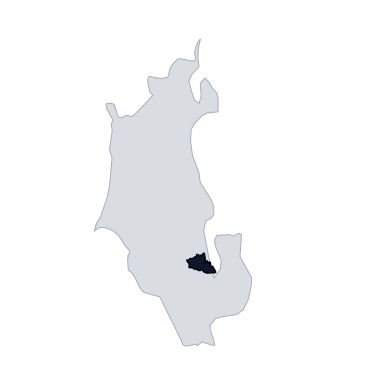 Abangares, Guanacaste, Costa Rica shown in context, rotated 224°
{"feature_id": "36466004B17800837418236", "entity_name": "Abangares", "entity_type": "district", "adm_level": 2, "iso_a3": "CRI", "parent_name": "Costa Rica", "parent_adm1": "Guanacaste", "projection": "orthographic", "projection_center": [-85.008, 10.251], "detail": "fine", "context": "in_parent", "style": "filled", "palette": "ink", "viewbox_px": 384, "rotation_deg": 224, "n_neighbors": 0, "source": "geoboundaries", "source_scale": "gbopen_adm2", "svg_char_len": 5754}
<svg xmlns="http://www.w3.org/2000/svg" viewBox="0 0 384 384"><g transform="rotate(224 192 192)"><path d="M314.8,195.6L314.4,197.0L313.2,198.4L311.3,199.9L308.9,200.9L303.1,198.0L297.4,194.6L294.2,196.2L293.1,200.6L290.9,202.9L288.3,203.8L287.2,205.3L287.1,220.2L287.4,234.3L291.7,234.6L299.0,239.4L302.1,242.3L303.1,244.9L302.2,246.3L296.9,249.4L291.8,253.3L289.2,258.1L293.8,265.9L294.8,271.3L294.6,276.8L293.4,279.5L283.4,286.0L281.2,288.2L281.5,289.8L287.1,294.2L289.7,298.5L291.9,303.6L292.3,308.0L287.2,299.8L280.2,291.9L274.1,287.1L273.6,275.7L271.2,269.6L262.1,264.0L254.3,260.0L248.5,260.9L252.1,267.4L261.2,275.7L261.9,278.9L261.7,283.2L255.4,282.6L249.9,280.9L243.1,280.4L238.6,277.8L229.0,267.8L235.8,259.3L237.9,253.7L237.6,242.1L236.1,236.4L228.7,227.9L217.0,218.5L200.6,210.9L192.9,204.7L173.7,200.0L166.5,196.9L160.8,191.0L159.9,186.9L161.9,180.4L156.6,172.2L133.8,156.1L121.1,150.1L118.4,146.6L116.4,145.6L118.3,156.7L123.9,163.4L138.4,169.7L142.4,173.3L144.0,178.1L135.6,187.1L131.3,189.4L130.0,194.4L127.3,195.9L124.4,193.0L112.6,178.8L89.8,171.9L85.7,167.7L77.2,154.7L73.3,142.8L74.8,134.9L84.1,122.6L87.1,117.3L86.5,114.0L86.8,109.1L83.3,105.7L74.7,101.2L69.2,97.7L70.7,95.9L80.6,91.2L81.2,86.9L81.2,85.4L82.8,85.1L84.3,84.0L85.1,82.8L87.8,78.7L90.2,76.3L92.9,76.0L96.3,77.7L108.7,82.2L122.6,87.1L142.3,94.2L150.5,89.7L157.6,86.2L162.5,86.7L173.1,90.7L179.5,92.0L183.4,91.6L190.2,97.5L193.9,101.9L194.5,104.8L196.6,106.4L201.9,106.8L214.9,109.7L222.8,109.1L230.0,105.9L233.9,102.1L235.1,96.1L236.9,99.0L239.1,103.7L240.1,109.7L249.5,129.7L257.0,140.9L273.4,161.2L280.5,164.9L292.5,181.3L296.6,183.9L299.0,188.8L311.4,192.7L314.8,195.6Z" fill="#d9dde1" stroke="#a8b0b8" stroke-width="1"/><path d="M139.4,137.4L139.1,137.8L138.9,138.0L138.7,138.3L138.2,138.2L137.9,138.0L137.8,137.9L137.7,137.9L137.4,138.1L137.1,138.1L136.9,138.1L136.7,138.1L136.6,138.5L136.2,138.8L136.0,139.0L135.9,139.1L135.8,139.3L135.6,139.4L135.3,139.5L134.9,139.8L134.7,139.9L134.5,140.0L134.3,140.0L134.2,139.8L133.9,140.0L133.7,140.2L133.4,140.2L133.2,140.0L132.9,140.1L132.7,140.4L132.6,140.6L132.4,140.7L132.2,140.8L132.1,141.0L131.9,140.9L131.8,141.1L131.7,141.2L131.4,141.4L131.4,141.8L131.5,141.9L131.5,142.2L131.7,142.3L131.5,142.5L131.5,142.8L131.4,142.8L131.4,142.7L131.2,142.7L131.1,142.9L131.1,143.0L131.0,143.3L130.8,143.4L130.6,143.3L130.3,143.2L130.1,143.2L129.9,143.1L129.7,143.0L129.6,142.9L129.2,142.8L128.9,142.8L129.0,142.9L128.9,143.0L128.7,143.1L128.4,143.1L128.2,143.2L127.9,143.0L127.7,143.1L127.4,143.0L127.0,143.1L126.9,143.2L126.9,143.3L126.7,143.4L126.5,143.5L126.4,143.6L126.3,143.8L126.1,143.8L126.1,143.7L125.9,143.7L125.7,143.7L125.3,143.7L125.2,143.8L125.0,144.0L120.1,149.3L119.9,149.5L119.7,149.8L119.4,149.9L119.3,150.1L119.2,150.2L119.1,150.4L119.7,150.8L119.7,151.0L119.9,151.1L120.2,151.2L120.5,151.3L121.4,151.7L121.5,151.8L121.8,151.8L122.2,151.8L122.3,151.9L122.5,151.9L122.8,151.8L123.0,152.1L123.2,152.3L123.5,152.3L123.7,152.2L123.9,152.1L124.0,152.3L124.3,152.4L124.4,152.5L124.5,152.6L124.8,152.6L125.0,152.7L125.2,152.8L125.3,152.8L125.5,152.7L125.8,152.7L125.9,152.3L126.2,152.0L126.3,151.9L126.7,151.8L126.8,151.7L127.4,151.7L127.5,151.7L128.2,151.8L128.5,152.0L128.8,152.2L128.6,152.4L128.5,152.6L128.5,152.8L128.7,153.1L128.9,153.1L129.2,153.4L129.5,153.6L130.0,154.0L130.3,154.0L130.4,153.9L130.5,153.8L130.6,153.6L130.5,153.4L130.4,153.3L130.2,153.1L130.1,152.9L130.4,152.8L130.5,152.8L130.8,152.9L130.8,152.7L130.7,152.5L130.7,152.4L130.8,152.2L130.9,152.3L131.0,152.4L131.0,152.5L131.2,152.4L131.3,152.4L131.4,152.2L131.5,152.2L131.7,152.3L131.8,152.5L132.1,152.7L132.2,152.8L132.4,152.8L132.5,152.7L132.9,152.8L133.2,152.8L133.4,152.9L133.6,152.8L133.6,152.7L133.6,152.4L133.7,152.1L133.4,152.1L133.2,152.0L133.1,151.9L133.1,151.7L133.1,151.3L133.0,151.2L132.9,151.1L132.9,150.9L133.0,150.6L132.9,150.6L132.8,150.4L133.1,150.2L133.4,150.0L133.5,150.0L133.6,149.8L133.8,149.8L133.6,150.1L133.5,150.3L133.8,150.6L133.9,150.8L134.4,151.0L134.6,151.1L135.0,151.3L135.2,151.5L135.4,151.7L135.5,151.9L135.5,152.1L135.4,152.3L135.4,152.5L135.6,152.7L135.7,152.8L135.8,152.9L135.9,153.0L136.2,153.1L136.3,153.2L136.6,153.3L137.1,153.6L137.2,153.8L137.2,154.1L137.3,154.2L137.6,154.3L137.9,154.5L138.1,154.6L138.4,154.8L138.6,154.9L138.8,155.0L139.0,155.3L139.1,155.5L139.4,155.7L139.5,155.8L139.9,156.0L140.1,156.1L140.8,156.2L141.0,156.2L141.2,156.3L141.6,156.3L141.4,156.2L141.2,156.2L141.2,155.9L141.2,155.7L140.9,155.3L141.0,155.2L141.2,154.9L141.2,154.7L140.9,154.3L140.9,154.2L141.0,153.9L141.0,153.6L140.7,153.5L140.8,153.4L140.7,153.2L140.8,153.0L140.8,152.9L141.3,152.7L141.5,152.5L141.8,152.6L142.0,152.3L142.2,151.8L142.6,151.4L142.9,151.3L143.0,151.3L143.5,151.2L143.8,151.2L144.3,151.1L144.6,150.9L144.8,150.7L144.8,150.3L144.8,150.1L144.9,149.9L145.0,149.7L144.4,149.5L144.3,149.3L144.2,149.2L143.9,148.9L143.8,148.7L143.9,148.4L144.0,148.1L144.3,147.9L144.5,147.8L144.6,147.7L144.7,147.3L144.7,147.0L144.8,146.9L145.0,146.8L145.0,146.7L145.1,146.4L145.2,146.1L145.1,145.9L145.1,145.6L145.1,145.4L145.1,145.2L145.5,144.5L145.6,144.1L145.8,143.6L146.3,143.5L146.8,143.3L146.9,143.2L147.1,142.9L147.1,142.5L147.1,142.3L147.2,142.2L147.1,141.8L147.1,141.4L147.2,141.0L147.3,140.8L147.4,140.5L147.6,140.2L147.7,139.9L148.4,139.5L148.3,139.3L148.1,139.2L147.6,139.2L147.3,139.0L147.2,138.8L147.1,138.7L146.7,138.7L146.4,138.7L146.1,138.7L146.0,138.8L145.9,138.8L145.7,138.7L145.3,138.6L144.7,138.5L144.6,138.4L143.9,138.1L143.7,137.8L143.4,137.7L143.2,137.5L143.0,137.4L142.9,137.3L142.8,137.1L142.7,137.0L142.6,136.9L142.5,136.7L142.4,136.6L142.3,136.4L142.2,136.3L142.1,136.1L142.0,135.9L141.8,135.9L141.6,135.7L139.5,137.4L139.4,137.4Z" fill="#0f172a" stroke="#020617" stroke-width="1.5"/></g></svg>